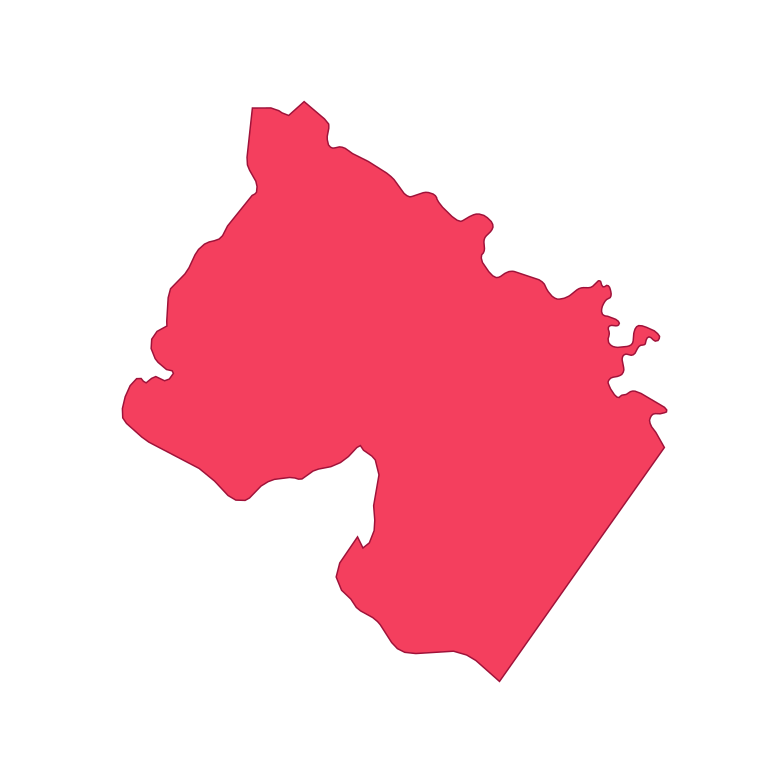 SVG path tracing the border of Gabú, rotated 125°
{"feature_id": "GNB-777", "entity_name": "Gabú", "entity_type": "Region", "adm_level": 1, "iso_a3": "GNB", "parent_name": "Guinea-Bissau", "parent_adm1": "", "projection": "albers", "projection_center": [-14.296, 12.118], "detail": "fine", "context": "isolated", "style": "filled", "palette": "rose", "viewbox_px": 768, "rotation_deg": 125, "n_neighbors": 0, "source": "natural_earth", "source_scale": "10m", "svg_char_len": 3891}
<svg xmlns="http://www.w3.org/2000/svg" viewBox="0 0 768 768"><g transform="rotate(125 384 384)"><path d="M577.2,300.6L569.5,312.5L556.0,317.6L524.4,318.0L530.4,307.2L522.5,304.9L509.7,308.0L500.9,313.4L489.6,322.7L461.3,336.0L451.2,347.6L450.0,352.6L450.0,362.8L448.0,368.0L451.6,369.8L463.8,371.5L473.3,374.6L482.2,380.1L491.3,388.9L496.0,392.2L508.8,396.7L511.0,399.5L512.1,403.1L514.7,407.7L525.0,419.1L530.5,422.9L538.1,426.2L554.5,428.8L559.0,431.0L564.1,438.8L564.8,447.8L560.7,467.2L559.2,487.0L566.5,543.2L566.4,551.8L564.0,572.3L561.6,578.6L554.2,584.2L542.9,588.7L530.9,591.0L521.5,589.7L518.8,586.1L519.8,582.6L519.5,579.5L512.7,577.6L508.8,575.2L507.2,565.6L503.1,562.7L496.1,562.6L494.7,565.1L496.9,570.5L495.9,581.4L494.5,586.0L488.5,595.1L480.5,600.0L471.1,600.1L461.0,595.1L457.3,597.9L437.1,610.3L428.4,613.5L408.0,610.2L400.6,610.4L386.6,612.9L380.1,613.1L372.4,611.3L367.9,608.7L363.9,605.1L359.8,602.2L355.1,601.3L344.3,602.8L305.2,600.2L302.5,598.8L300.1,598.4L295.1,601.2L291.4,605.3L286.0,616.7L282.9,621.5L276.9,626.2L233.4,650.1L233.3,649.9L222.7,634.9L220.4,626.6L220.4,623.1L218.7,616.1L198.5,611.4L201.0,584.8L202.8,578.4L204.3,577.2L206.2,575.9L213.8,572.5L216.5,570.5L220.0,566.6L220.7,563.7L220.2,561.3L218.7,559.6L215.3,556.5L214.0,554.0L213.2,550.9L213.3,541.9L210.7,524.4L209.7,502.7L210.1,497.1L210.8,493.0L216.4,476.8L216.6,473.1L215.9,470.2L214.3,468.6L204.8,461.6L203.0,459.7L201.6,457.3L200.2,452.7L200.3,449.9L201.2,447.7L202.2,446.7L203.8,443.3L205.6,437.5L207.8,424.3L207.9,418.0L206.7,414.3L204.8,413.1L197.9,410.0L194.0,407.7L192.0,406.0L190.2,403.5L188.6,398.9L188.5,394.7L189.4,389.3L190.9,386.5L193.0,384.7L195.5,384.1L198.1,384.1L203.9,385.2L206.2,385.3L208.4,384.7L210.4,383.6L215.4,379.4L217.4,378.3L219.7,377.8L222.1,378.1L225.0,376.6L228.0,373.0L231.9,362.6L233.0,357.0L232.5,353.2L231.0,351.4L229.0,350.2L224.2,348.5L222.1,347.3L220.2,346.1L218.8,344.5L217.8,343.2L217.1,341.7L209.7,316.8L209.6,313.0L210.2,310.0L212.9,305.3L214.2,302.3L215.7,296.7L215.7,293.4L215.0,290.6L213.7,288.8L210.3,285.5L206.3,283.1L204.3,282.3L196.3,280.0L194.1,279.0L192.2,277.6L190.6,275.8L188.0,271.9L186.4,270.2L184.3,269.1L176.5,267.6L175.8,266.6L175.7,265.5L176.1,264.9L176.9,263.9L178.1,262.4L178.8,260.3L177.6,259.0L175.5,258.2L174.9,256.6L175.4,254.7L176.7,252.9L178.2,251.2L179.9,249.6L181.7,248.6L183.5,248.3L187.1,250.1L189.6,250.4L192.3,250.2L195.1,249.7L197.7,248.7L199.8,247.4L201.5,245.2L201.7,243.6L201.4,241.9L200.2,239.6L198.1,231.3L198.2,228.1L199.2,226.1L201.0,225.7L202.1,226.1L203.3,227.3L205.4,231.2L207.1,232.6L208.9,232.7L210.6,231.6L211.9,229.8L213.6,228.3L215.9,227.2L218.4,226.4L221.2,223.8L222.1,221.0L222.0,218.1L221.1,215.7L220.0,213.6L213.8,206.4L212.1,205.0L210.1,204.0L207.9,203.9L205.8,204.6L199.3,208.4L197.2,209.2L194.8,209.9L192.2,209.9L190.1,208.9L188.3,205.9L187.0,201.5L185.4,193.1L185.8,188.7L186.9,185.6L188.9,184.6L191.2,184.5L193.3,186.4L193.4,188.8L192.9,191.8L193.4,194.0L195.2,194.8L197.5,194.5L201.3,193.0L202.3,193.2L203.6,194.3L205.0,195.9L207.0,196.7L209.6,196.7L214.8,196.0L217.1,196.6L218.7,198.0L220.3,202.2L221.0,203.2L222.5,204.1L224.4,204.3L226.3,203.6L227.7,202.7L233.1,197.1L234.9,195.6L237.1,194.8L239.8,194.7L241.9,195.7L243.9,197.1L247.0,200.2L248.4,201.2L249.3,201.7L251.5,202.0L252.8,201.9L253.7,201.6L254.6,201.0L256.2,198.7L258.1,195.5L260.6,189.1L261.1,185.6L260.2,183.6L258.5,183.4L256.7,182.7L253.6,179.6L249.0,177.8L247.2,176.3L245.9,174.3L244.3,168.0L242.2,140.9L243.1,137.5L244.9,136.6L246.6,137.7L250.0,140.7L252.6,144.7L254.2,146.2L256.4,146.8L258.9,146.5L261.4,145.7L263.6,143.5L265.6,140.2L267.7,133.6L275.2,117.9L396.4,118.4L561.4,118.8L557.8,150.2L558.6,160.9L563.0,173.8L586.6,203.4L591.9,213.1L593.1,221.2L591.4,229.4L583.3,249.1L582.3,253.1L581.8,259.2L583.3,273.0L582.9,278.5L579.2,287.8L577.3,300.3L577.2,300.6Z" fill="#f43f5e" stroke="#9f1239" stroke-width="1.5"/></g></svg>